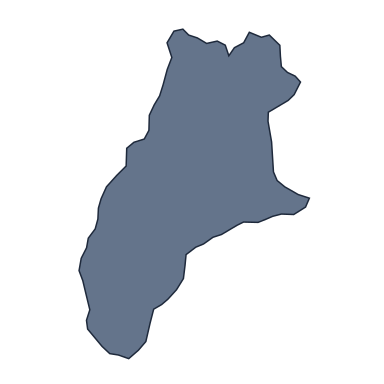 the district of Canitar, São Paulo, Brazil, rotated 357°
{"feature_id": "56859067B3303827607689", "entity_name": "Canitar", "entity_type": "district", "adm_level": 2, "iso_a3": "BRA", "parent_name": "Brazil", "parent_adm1": "São Paulo", "projection": "natural_earth1", "projection_center": [-49.789, -23.022], "detail": "fine", "context": "isolated", "style": "filled", "palette": "slate", "viewbox_px": 384, "rotation_deg": 357, "n_neighbors": 0, "source": "geoboundaries", "source_scale": "gbopen_adm2", "svg_char_len": 1129}
<svg xmlns="http://www.w3.org/2000/svg" viewBox="0 0 384 384"><g transform="rotate(357 192 192)"><path d="M257.6,35.5L251.4,45.7L241.9,50.1L235.9,57.9L232.9,47.1L225.1,42.6L214.4,44.4L205.4,38.4L196.9,35.1L191.4,28.9L182.4,30.4L174.9,41.7L178.9,56.6L173.7,68.3L168.7,83.6L164.7,94.3L158.9,102.9L153.4,113.1L152.2,128.2L147.1,136.6L136.6,139.3L129.1,144.9L127.6,162.6L117.7,171.5L106.9,182.3L100.9,193.9L97.7,203.2L96.6,214.1L93.4,223.8L86.0,232.7L83.8,242.2L77.9,252.4L75.1,264.6L78.3,274.8L80.6,287.3L83.8,304.3L79.9,314.6L80.6,323.4L94.2,341.6L101.4,349.1L109.9,350.9L120.1,355.1L130.2,347.2L138.1,338.9L143.3,320.7L147.6,307.0L155.8,302.8L162.4,297.7L171.4,288.8L178.9,278.0L181.2,264.9L182.8,254.2L192.9,247.3L200.8,244.5L210.6,238.3L219.2,236.0L235.2,227.6L241.9,224.7L256.4,225.8L264.6,223.0L271.3,220.5L280.2,218.7L292.4,219.8L304.6,213.0L308.9,204.3L297.9,200.1L284.9,191.7L277.6,185.0L274.4,176.2L274.1,146.2L271.6,125.3L272.4,116.3L292.8,105.6L299.1,100.1L306.1,87.9L301.1,81.7L293.6,77.6L287.8,71.5L287.4,61.2L287.4,50.1L277.4,39.3L269.4,41.1L257.6,35.5Z" fill="#64748b" stroke="#1e293b" stroke-width="1.5"/></g></svg>